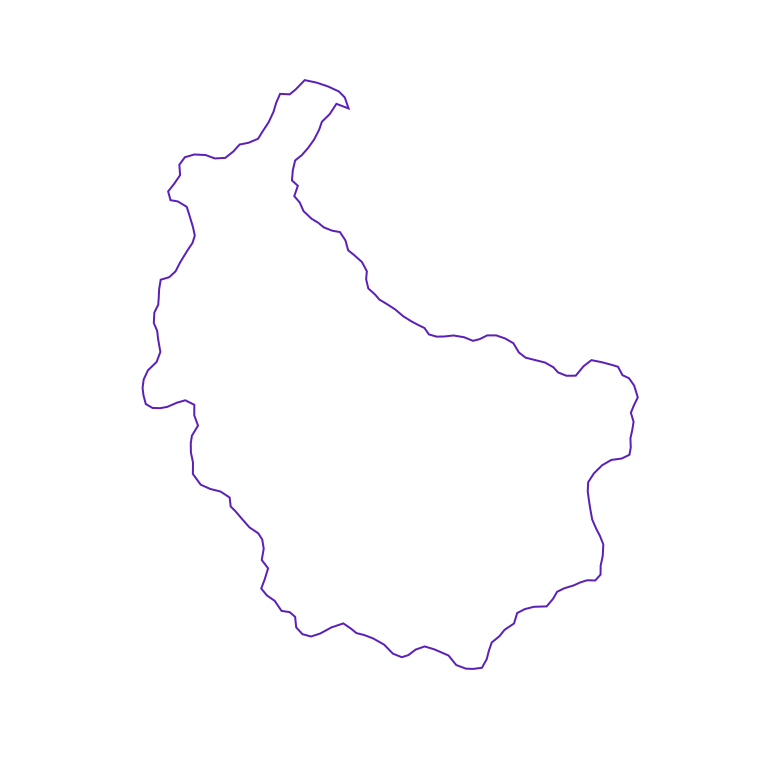 the district of Santo Antônio do Itambé, Minas Gerais, Brazil, rotated 199°
{"feature_id": "56859067B65997066860762", "entity_name": "Santo Antônio do Itambé", "entity_type": "district", "adm_level": 2, "iso_a3": "BRA", "parent_name": "Brazil", "parent_adm1": "Minas Gerais", "projection": "albers", "projection_center": [-43.26, -18.494], "detail": "fine", "context": "isolated", "style": "outline", "palette": "violet", "viewbox_px": 768, "rotation_deg": 199, "n_neighbors": 0, "source": "geoboundaries", "source_scale": "gbopen_adm2", "svg_char_len": 2674}
<svg xmlns="http://www.w3.org/2000/svg" viewBox="0 0 768 768"><g transform="rotate(199 384 384)"><path d="M612.4,353.3L605.9,341.5L606.2,330.8L611.7,320.0L612.7,310.0L611.0,301.7L607.8,295.1L602.7,287.5L595.1,286.0L587.7,288.3L581.5,291.8L573.6,299.0L566.6,303.9L556.6,302.6L553.2,292.6L546.3,284.1L548.8,272.6L547.4,265.0L544.2,256.2L539.1,247.7L535.4,236.7L524.5,229.1L514.1,228.2L503.6,229.1L493.0,226.4L489.1,218.3L482.8,215.2L475.2,210.7L464.5,204.6L454.3,201.9L448.5,197.3L444.1,189.1L442.3,177.8L433.6,172.0L433.2,160.5L433.5,150.7L426.0,146.0L416.8,143.4L407.0,136.1L399.0,137.6L392.2,134.9L387.8,125.3L379.7,120.9L370.8,121.5L363.1,127.3L354.4,136.8L344.5,144.4L335.5,141.9L329.0,139.5L321.1,140.2L311.6,139.9L299.0,137.6L287.7,131.9L278.2,131.5L272.7,135.6L267.6,143.2L260.1,149.1L250.2,149.5L234.6,148.3L224.2,141.8L214.0,141.5L206.8,143.7L199.0,147.6L197.3,157.4L198.0,165.9L198.0,174.7L192.7,183.2L190.0,190.8L183.1,199.9L183.5,210.8L177.7,216.9L169.8,222.1L157.8,226.7L154.2,236.0L152.7,243.9L147.2,249.4L139.0,255.4L133.7,260.4L128.0,264.6L120.3,267.0L117.2,274.3L120.0,282.7L121.2,292.6L124.4,303.7L130.2,310.5L136.3,316.3L143.0,323.6L148.4,333.2L153.0,342.0L156.4,348.8L159.0,357.6L156.4,367.9L151.3,378.2L144.4,386.2L135.0,390.9L128.9,397.0L130.0,404.3L133.3,412.8L134.3,421.4L135.7,429.5L141.2,437.2L140.8,444.8L139.7,454.0L147.0,464.0L154.2,469.2L161.4,470.0L168.4,476.5L175.7,476.2L185.2,475.5L195.6,474.1L201.1,465.8L205.4,454.3L214.1,451.2L223.2,451.6L229.4,455.0L238.9,456.7L249.3,455.8L258.7,455.0L266.7,457.7L275.0,464.7L284.4,466.5L293.6,466.5L302.3,463.5L308.0,457.7L313.9,453.8L323.4,454.3L334.1,452.5L342.6,448.5L349.7,445.9L357.7,445.5L363.9,450.1L371.8,451.1L379.2,452.3L387.8,454.3L397.6,458.1L406.8,460.4L415.8,462.3L421.6,465.7L429.9,469.2L435.0,477.2L436.9,485.0L444.5,492.1L454.5,496.3L461.4,498.7L467.2,507.2L475.1,513.3L482.9,512.1L492.0,512.5L498.9,515.1L506.1,516.6L516.3,521.2L522.8,528.2L530.0,532.4L530.0,543.4L537.3,546.5L539.8,556.4L540.8,566.4L536.2,573.7L532.5,582.8L529.7,592.3L528.1,603.5L528.1,611.8L523.2,621.5L520.2,633.4L507.2,633.0L514.4,642.2L521.9,645.9L533.6,647.1L545.9,647.0L557.9,645.5L563.3,634.0L567.4,627.2L576.7,624.5L577.5,615.0L577.1,605.4L578.3,593.9L581.1,582.9L582.9,574.9L590.6,568.0L598.5,563.4L602.1,554.9L607.7,546.1L617.4,542.2L627.2,542.4L638.0,539.3L646.1,533.6L648.9,524.7L644.8,515.1L647.5,505.3L650.8,495.8L645.7,488.3L638.4,489.5L628.2,487.3L621.7,478.5L615.6,470.0L611.2,462.7L611.0,455.1L613.4,446.0L616.3,432.9L617.8,422.6L621.9,415.0L629.1,409.9L627.5,400.5L625.1,392.3L623.3,385.5L624.4,376.7L621.5,366.7L615.7,360.3L612.4,353.3Z" fill="none" stroke="#5b21b6" stroke-width="2"/></g></svg>